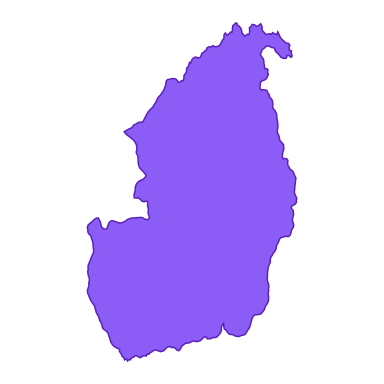 outline of Itacambira, Minas Gerais, Brazil
{"feature_id": "56859067B7799529172326", "entity_name": "Itacambira", "entity_type": "district", "adm_level": 2, "iso_a3": "BRA", "parent_name": "Brazil", "parent_adm1": "Minas Gerais", "projection": "equal_earth", "projection_center": [-43.326, -16.911], "detail": "fine", "context": "isolated", "style": "filled", "palette": "violet", "viewbox_px": 384, "rotation_deg": 0, "n_neighbors": 0, "source": "geoboundaries", "source_scale": "gbopen_adm2", "svg_char_len": 5929}
<svg xmlns="http://www.w3.org/2000/svg" viewBox="0 0 384 384"><path d="M256.7,314.7L259.0,314.5L260.7,314.0L262.2,312.6L263.5,310.8L264.5,309.2L265.2,306.7L266.0,305.2L267.2,303.9L268.3,301.3L268.6,298.9L268.6,296.3L268.1,293.5L268.6,291.2L268.5,289.2L268.8,287.1L268.8,285.2L268.2,283.3L267.5,280.8L267.2,279.0L267.4,277.1L267.4,274.4L267.7,270.8L268.1,267.8L268.9,265.2L270.3,262.6L270.3,259.4L271.0,256.8L272.2,255.4L273.0,253.8L274.3,252.1L275.6,250.0L276.3,248.1L276.4,246.0L277.2,244.2L278.2,242.6L279.7,238.7L281.5,237.4L283.2,237.1L285.0,236.3L286.9,236.5L288.5,236.5L290.1,235.2L291.1,232.4L291.7,229.7L293.4,227.2L293.7,224.4L292.9,222.0L292.3,220.1L292.8,217.4L293.6,214.5L293.4,211.8L292.8,209.8L291.4,208.7L291.3,206.6L293.0,205.3L294.8,204.5L296.4,202.5L296.4,200.3L296.7,198.4L295.8,196.1L295.0,194.3L294.3,192.4L294.6,190.0L294.8,186.9L295.2,184.0L295.5,181.1L295.9,178.0L294.9,176.1L293.6,172.7L292.5,170.8L290.4,169.6L289.1,167.3L287.9,165.4L287.6,163.0L287.9,160.5L287.1,159.1L285.5,158.5L283.1,158.8L282.3,156.3L282.5,154.3L282.8,152.1L283.8,149.4L283.5,144.6L282.0,142.8L280.7,141.5L279.7,140.0L279.3,137.2L278.5,134.7L277.3,132.7L277.4,129.7L277.8,128.0L277.9,125.8L277.7,123.1L277.4,120.9L277.0,118.7L276.8,116.4L276.6,113.9L274.6,109.9L273.2,108.8L272.6,106.8L272.9,104.6L272.7,102.6L272.2,100.1L270.4,97.9L269.4,96.7L269.4,94.7L268.0,93.3L266.8,90.3L263.1,89.6L261.2,90.0L260.2,88.6L260.0,86.6L260.4,82.9L261.7,80.8L263.9,80.3L265.5,79.4L266.8,78.1L267.7,75.8L268.4,74.2L267.5,72.4L268.0,69.8L266.6,68.6L265.3,69.0L264.5,67.3L264.4,65.2L263.8,63.2L263.9,61.4L263.4,59.0L261.7,56.9L260.3,54.1L261.5,51.9L261.9,50.2L263.1,48.9L264.6,47.9L266.4,46.1L267.8,46.0L269.7,46.4L271.4,47.4L273.0,47.6L274.5,48.3L275.4,51.1L277.0,52.9L278.4,54.0L281.0,57.2L283.1,58.2L285.2,58.5L286.5,57.9L287.0,55.5L288.8,55.3L290.0,56.8L291.5,57.2L292.1,55.5L291.3,53.5L291.4,50.8L289.4,50.1L289.0,47.1L289.9,45.2L288.4,43.3L285.9,42.9L284.4,41.5L281.7,39.2L280.1,37.0L279.0,34.4L277.8,31.9L276.7,34.6L274.3,33.6L272.6,32.6L271.4,34.3L269.7,33.7L265.9,34.6L264.8,33.2L263.6,31.9L262.0,30.1L262.1,27.1L261.5,25.3L260.6,23.8L258.4,25.7L256.6,26.4L254.7,24.9L252.2,24.4L251.1,26.2L249.4,27.8L249.6,29.6L249.6,32.3L248.9,34.5L247.1,34.4L245.9,35.4L244.5,36.1L243.2,34.2L242.0,33.0L241.6,30.3L240.6,27.8L239.0,26.1L237.4,25.2L237.0,23.3L235.5,23.0L234.2,24.6L232.9,25.5L232.5,27.8L232.3,30.5L231.9,32.3L230.4,32.1L229.1,33.9L226.9,35.1L225.3,33.0L224.1,34.5L224.0,36.8L223.8,38.8L222.3,40.2L221.4,42.4L220.4,44.1L219.3,45.6L217.7,46.4L216.0,46.7L214.5,46.6L212.9,45.6L211.1,46.9L209.0,46.8L207.2,47.6L206.1,50.2L204.5,51.1L203.5,52.6L202.0,53.1L201.1,55.5L200.4,57.2L198.5,58.0L196.7,57.3L195.2,57.1L193.4,58.0L192.2,59.3L191.4,60.9L190.9,62.8L189.6,62.3L188.9,64.2L188.4,66.6L186.7,68.0L186.5,72.0L184.0,75.4L183.9,78.3L183.1,80.6L181.4,80.8L180.0,82.1L178.5,82.3L177.4,80.8L176.3,79.4L174.6,78.6L171.3,78.6L169.7,79.4L167.8,79.4L166.2,81.1L165.9,83.7L165.4,85.7L164.1,89.3L163.0,91.4L161.8,92.9L161.0,94.4L158.4,97.1L157.4,98.7L156.5,100.8L155.5,103.0L154.1,104.7L152.9,106.9L151.4,108.5L150.0,109.8L148.0,112.1L146.7,114.4L145.5,116.8L144.4,118.7L143.6,120.5L142.8,121.9L138.6,122.4L135.3,124.3L133.6,125.1L132.6,126.8L131.3,128.0L129.6,128.7L127.7,129.6L126.2,130.5L124.2,131.8L125.7,133.7L126.9,134.9L128.4,136.0L129.8,137.1L131.2,138.2L132.8,139.4L134.2,140.9L135.9,143.6L136.8,146.5L136.9,149.6L136.3,151.5L136.4,153.4L137.3,154.9L138.0,156.7L138.2,162.9L138.9,166.0L139.7,168.0L142.0,170.4L144.8,173.5L146.0,175.4L145.3,177.2L144.1,178.4L142.8,179.4L140.9,180.2L139.1,181.1L137.5,182.6L136.4,184.2L135.4,186.6L135.2,189.6L134.9,191.7L134.0,194.6L134.2,197.7L136.2,198.1L137.9,197.9L139.4,198.6L140.5,199.7L142.2,201.3L144.2,201.8L145.8,201.0L147.4,201.5L147.8,203.4L147.5,205.8L148.3,208.5L148.1,213.3L148.8,215.2L149.5,217.7L148.0,219.6L145.9,219.5L144.3,218.8L142.6,217.7L140.8,217.4L135.1,217.8L133.5,218.0L131.8,218.0L129.9,218.5L127.9,219.3L126.6,220.1L125.5,221.1L123.6,222.0L121.8,222.7L120.1,223.1L115.4,221.7L113.4,220.8L111.3,220.8L109.9,221.7L108.7,223.3L107.9,225.5L107.1,228.1L105.4,229.3L103.5,228.8L101.8,227.2L100.8,224.5L100.5,222.4L99.4,220.1L98.1,217.8L96.2,218.3L94.4,219.3L92.9,220.9L89.4,223.8L87.9,225.4L87.3,227.6L87.8,230.0L87.9,231.9L88.7,233.8L90.2,235.1L91.1,236.5L91.7,239.0L92.8,241.8L93.1,244.9L93.2,247.5L93.6,249.8L93.5,252.5L92.5,254.8L91.3,257.3L90.7,259.3L89.1,263.0L88.0,266.0L88.2,269.3L87.7,271.7L88.0,273.6L88.4,276.1L89.2,277.6L89.4,280.1L88.8,283.1L88.9,285.9L88.0,288.4L87.4,290.5L87.7,293.3L88.8,295.6L89.4,297.4L90.1,298.9L91.2,301.1L92.6,303.1L93.6,304.6L94.6,306.0L95.1,308.3L95.8,310.5L96.3,312.6L98.4,316.3L99.1,318.0L99.6,320.3L100.7,322.0L101.4,323.5L102.1,325.7L102.6,327.9L103.7,329.4L105.1,330.1L108.0,332.9L108.6,335.3L109.3,337.1L110.1,339.6L110.9,342.2L112.2,344.4L113.6,346.0L115.1,347.0L116.5,347.9L119.5,349.1L119.4,351.4L121.1,353.7L121.9,356.0L123.8,357.8L124.6,359.9L126.1,358.7L127.6,361.0L128.9,359.6L130.3,359.9L131.5,357.9L133.6,357.2L135.4,355.6L137.7,356.3L139.4,357.5L141.0,357.5L142.6,356.0L144.6,355.7L146.3,356.0L146.9,354.2L148.6,354.3L150.4,352.6L152.2,351.6L154.2,350.0L156.6,350.3L158.9,351.0L160.7,351.7L163.8,350.7L166.4,347.9L168.4,346.7L170.4,346.7L171.9,347.7L173.2,347.1L174.6,347.8L176.1,349.1L177.2,350.3L179.0,350.7L180.3,349.0L181.2,347.1L182.5,345.5L185.5,343.3L187.6,343.1L189.5,342.8L191.0,341.9L193.6,340.9L195.6,341.5L197.8,341.5L200.1,340.8L201.7,339.4L203.2,337.7L205.7,336.5L207.2,338.8L209.3,338.8L211.3,338.4L213.1,337.5L215.5,337.5L217.0,336.9L219.7,334.0L220.7,332.3L221.4,330.6L221.3,328.3L221.9,325.5L223.5,323.4L223.8,326.3L224.3,329.1L226.0,330.0L227.2,332.1L228.9,333.9L230.3,334.5L231.8,334.4L233.6,335.1L235.4,336.1L237.5,336.4L239.3,336.5L241.0,335.6L243.2,335.1L245.2,334.4L247.8,330.1L249.0,328.5L250.1,325.8L252.0,318.7L253.0,316.6L254.6,315.0L256.7,314.7Z" fill="#8b5cf6" stroke="#5b21b6" stroke-width="1.5"/></svg>